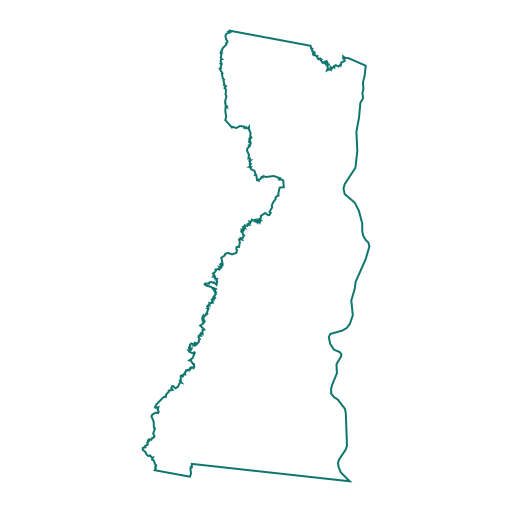 San Javier, Santa Fe, Argentina (Natural Earth projection)
{"feature_id": "61730980B70528593712709", "entity_name": "San Javier", "entity_type": "district", "adm_level": 2, "iso_a3": "ARG", "parent_name": "Argentina", "parent_adm1": "Santa Fe", "projection": "natural_earth1", "projection_center": [-60.274, -30.036], "detail": "fine", "context": "isolated", "style": "outline", "palette": "teal", "viewbox_px": 512, "rotation_deg": 0, "n_neighbors": 0, "source": "geoboundaries", "source_scale": "gbopen_adm2", "svg_char_len": 6030}
<svg xmlns="http://www.w3.org/2000/svg" viewBox="0 0 512 512"><path d="M229.8,30.7L230.0,31.3L228.8,31.6L229.9,32.4L226.5,33.7L225.4,36.0L226.2,39.6L227.4,41.2L227.3,42.5L226.1,43.2L226.3,44.6L222.3,48.6L222.2,50.4L221.1,51.2L220.9,52.2L221.7,52.8L220.8,53.3L221.4,53.9L220.8,58.2L221.7,59.0L221.1,59.0L220.6,61.2L221.6,63.5L220.7,63.8L221.5,64.6L220.7,66.4L220.9,68.2L219.7,68.7L222.5,73.4L221.9,73.9L222.8,78.4L224.0,79.7L223.5,80.3L224.4,84.6L223.1,84.6L226.0,86.2L224.5,88.0L226.0,89.7L225.6,94.5L226.4,96.4L225.1,101.3L225.3,102.7L226.1,102.2L225.2,103.2L225.8,105.7L226.8,106.2L225.8,106.9L226.5,107.5L225.6,107.5L225.3,111.2L226.2,117.1L225.3,120.1L231.9,127.5L232.5,126.9L236.4,128.0L240.0,126.0L244.2,126.6L244.3,127.9L246.0,127.3L246.2,128.3L247.7,128.1L247.5,127.3L248.1,128.1L249.0,126.9L249.0,129.5L250.6,133.0L250.2,136.0L250.9,136.8L249.9,138.0L250.8,138.2L249.5,139.3L250.2,140.7L249.2,141.1L249.8,142.1L250.2,141.6L250.3,141.9L249.4,142.4L250.7,143.4L250.3,144.7L248.9,145.4L249.6,146.3L247.4,148.4L247.0,150.5L249.0,155.0L248.4,158.4L249.8,158.3L249.8,160.3L250.5,160.3L249.4,161.1L250.2,162.1L249.8,163.9L250.7,164.1L250.0,165.0L250.3,166.4L249.4,166.9L251.0,167.1L250.4,167.8L250.9,169.0L254.5,170.9L255.6,174.3L255.0,174.9L256.3,175.3L257.1,180.3L258.4,180.6L258.1,179.8L260.2,179.2L261.6,177.0L262.7,177.5L263.4,176.1L265.9,177.0L273.8,176.0L279.8,178.1L278.8,179.1L279.3,179.7L281.1,179.3L283.2,180.4L283.8,187.2L279.7,187.6L278.3,193.4L278.5,195.6L277.4,195.7L275.4,198.0L275.5,199.2L272.6,203.2L271.8,206.1L272.2,207.3L269.5,211.9L270.7,212.9L269.4,215.0L268.3,215.3L265.2,213.0L260.9,215.9L260.9,217.6L259.6,219.0L260.4,219.8L258.7,219.5L259.1,220.8L260.3,220.7L259.9,222.1L259.6,221.4L258.5,222.3L257.8,221.4L257.6,222.1L257.1,221.1L256.8,222.2L255.5,221.5L255.8,220.4L254.6,220.7L254.9,221.4L254.4,220.6L254.6,220.2L253.6,220.7L252.0,219.6L250.6,222.2L249.4,221.7L249.9,223.4L248.3,223.9L249.1,224.8L247.7,224.6L247.3,225.9L244.7,225.3L244.3,226.2L245.2,228.1L243.2,227.4L243.9,229.4L242.0,229.5L243.3,230.8L242.7,231.4L241.5,230.7L241.2,231.6L242.7,232.7L242.9,234.5L244.1,235.5L242.2,238.6L241.3,238.3L242.1,239.7L239.7,239.0L239.0,239.7L239.9,242.1L239.1,246.6L239.9,246.9L236.6,247.0L236.3,249.0L237.0,250.2L236.2,253.0L232.1,254.3L227.7,252.9L225.1,254.0L224.8,255.4L221.3,257.7L222.5,263.1L221.3,263.6L222.1,264.4L220.8,264.6L221.9,265.5L220.2,266.5L221.2,267.0L220.3,267.5L221.7,267.4L220.3,267.9L219.4,267.4L220.0,268.7L219.1,269.6L218.5,268.9L215.5,269.6L215.9,270.6L215.2,271.8L213.0,273.5L214.1,274.5L213.0,276.5L215.0,276.5L214.8,278.5L217.1,278.8L216.3,280.3L217.2,281.6L216.5,284.8L214.1,282.3L213.2,282.9L211.3,281.9L209.2,282.6L209.0,283.7L205.2,283.5L204.6,284.3L206.2,285.6L211.4,287.0L213.4,289.3L213.6,288.1L215.9,289.0L214.5,291.2L215.9,292.2L215.2,292.8L215.9,294.0L213.7,296.6L214.7,297.3L213.6,297.9L214.3,298.3L212.7,299.0L213.4,299.7L211.9,299.9L212.7,301.7L211.6,302.3L212.2,302.8L209.7,303.3L210.2,304.2L209.4,303.5L209.5,304.9L208.6,303.9L209.3,305.0L208.4,305.5L209.0,306.1L207.9,305.6L207.2,306.5L208.3,307.9L207.4,308.5L208.4,308.9L206.7,312.8L207.2,313.4L206.4,313.7L206.8,314.3L204.7,315.9L203.6,315.1L203.0,315.9L203.7,316.4L202.3,317.6L202.3,319.0L203.4,318.6L203.1,319.7L203.9,319.3L202.8,319.9L203.0,321.0L204.0,320.1L204.7,321.3L203.1,323.6L200.2,325.5L204.3,329.6L202.5,330.2L202.6,334.2L200.8,333.2L200.1,334.4L200.9,335.8L198.7,335.9L198.5,337.5L199.9,339.1L198.9,340.1L198.8,341.9L197.5,343.5L194.8,342.8L194.6,343.7L196.1,344.7L195.2,345.6L193.3,345.5L193.8,344.2L191.1,343.5L189.9,345.0L190.4,346.0L188.9,347.6L189.3,348.8L191.6,348.5L191.1,349.7L190.5,350.0L190.3,349.2L189.5,350.6L188.5,350.5L189.5,351.8L193.3,353.5L194.8,351.5L194.3,352.3L194.8,353.0L192.6,358.0L189.4,360.4L191.0,360.8L193.0,364.0L193.8,363.9L194.3,366.7L193.6,368.1L192.9,367.4L191.1,368.2L191.6,368.8L190.6,368.2L190.6,367.6L190.1,367.9L189.8,370.0L189.1,370.5L188.5,369.7L186.2,370.3L186.5,371.0L184.7,372.6L185.1,374.3L184.2,374.0L182.8,376.3L182.0,375.2L180.7,376.0L180.8,380.0L179.9,380.6L181.5,382.6L180.1,382.1L177.9,386.8L175.5,388.3L173.1,386.1L172.1,386.2L171.3,388.3L172.6,389.9L168.7,390.7L168.7,391.9L166.2,394.4L165.8,396.9L164.7,396.6L162.5,398.1L156.4,404.5L155.0,407.3L155.8,407.9L158.4,407.1L157.7,409.8L158.7,411.7L158.1,413.0L155.5,412.7L152.3,414.6L151.4,416.3L153.7,421.6L153.9,427.7L155.0,428.4L153.2,433.6L154.5,436.1L153.6,437.7L152.3,437.8L151.4,439.8L149.2,439.3L149.0,440.5L148.2,440.5L148.8,441.4L147.3,442.5L147.8,444.6L145.2,445.9L145.5,447.3L142.9,447.8L142.6,449.7L145.1,451.7L146.9,455.0L148.6,456.1L150.0,455.4L152.1,457.9L152.9,457.6L152.1,459.6L153.8,460.6L155.2,464.4L156.3,465.4L155.1,467.2L155.9,468.0L154.7,470.2L189.9,476.7L191.0,473.5L190.4,468.6L191.7,467.6L190.9,466.7L191.9,466.1L191.9,463.9L349.7,481.3L340.8,472.4L338.5,466.8L338.0,462.6L339.4,459.0L345.6,449.7L347.0,445.7L345.8,413.2L344.9,408.8L337.7,399.5L333.8,397.0L331.1,393.5L331.1,388.6L332.4,384.2L336.9,373.3L336.5,364.2L341.0,356.6L341.4,354.4L339.8,352.1L334.0,349.7L330.2,343.9L328.8,337.2L330.2,334.0L342.3,330.6L346.6,328.1L349.8,324.0L352.8,315.3L351.3,300.5L354.8,288.5L355.6,281.9L365.7,259.1L369.4,246.4L368.4,242.6L365.7,240.0L363.2,235.7L362.3,231.6L362.2,223.3L358.9,210.8L354.7,202.6L344.7,194.1L343.5,188.6L344.7,184.1L355.4,167.8L357.3,151.2L356.4,131.6L359.0,117.8L360.4,102.8L363.1,98.1L362.4,92.9L363.4,89.4L363.0,82.3L364.7,75.3L365.7,65.7L348.4,58.1L345.2,58.0L343.2,56.4L343.2,58.5L344.2,58.5L344.7,60.9L341.3,62.5L340.7,65.4L340.2,64.8L338.6,66.5L335.7,65.2L334.5,65.9L334.4,67.2L333.7,66.5L332.2,68.3L330.6,67.0L330.8,69.9L329.1,69.3L327.0,70.4L327.9,68.0L327.3,66.0L328.4,64.6L327.3,64.5L327.7,63.2L326.7,61.2L325.3,61.5L325.7,62.3L325.6,62.8L325.4,62.2L324.3,63.1L324.0,62.2L322.6,62.8L320.4,59.7L321.3,59.4L320.1,58.4L318.4,59.2L317.2,57.4L317.5,56.1L315.3,55.6L314.9,54.6L313.5,55.1L312.9,53.9L314.2,52.7L313.4,52.6L313.5,51.5L312.6,51.5L311.8,49.9L312.3,48.7L311.1,48.3L310.6,45.8L229.8,30.7Z" fill="none" stroke="#0f766e" stroke-width="2"/></svg>